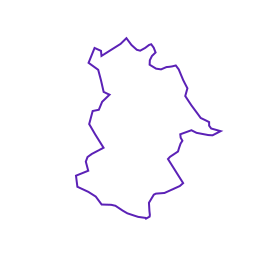 the district of Artik, Shirak, Armenia, rotated 54°
{"feature_id": "60910142B41372146219443", "entity_name": "Artik", "entity_type": "district", "adm_level": 2, "iso_a3": "ARM", "parent_name": "Armenia", "parent_adm1": "Shirak", "projection": "orthographic", "projection_center": [44.01, 40.585], "detail": "fine", "context": "isolated", "style": "outline", "palette": "violet", "viewbox_px": 256, "rotation_deg": 54, "n_neighbors": 0, "source": "geoboundaries", "source_scale": "gbopen_adm2", "svg_char_len": 1195}
<svg xmlns="http://www.w3.org/2000/svg" viewBox="0 0 256 256"><g transform="rotate(54 128 128)"><path d="M54.4,76.5L55.6,84.6L54.1,107.1L49.7,104.5L43.6,108.0L52.1,121.6L63.4,117.9L73.5,121.8L84.5,126.5L90.2,123.4L91.6,133.5L96.1,140.9L93.5,146.6L102.0,157.1L113.8,158.3L129.6,159.4L127.7,172.6L127.7,177.8L130.4,181.9L139.2,185.3L136.0,198.1L145.8,203.5L156.4,197.6L164.5,194.4L174.4,194.3L177.2,190.7L180.2,186.8L183.5,183.9L191.6,180.9L196.6,178.7L202.2,174.7L205.9,172.0L211.1,166.6L211.9,166.7L212.4,162.6L211.8,162.0L211.0,161.3L207.8,159.5L200.8,155.0L197.1,146.3L197.5,144.0L202.0,136.7L205.4,120.2L205.0,115.8L176.6,113.9L176.0,110.9L176.4,101.4L174.0,98.2L171.5,94.6L170.3,91.5L166.8,91.1L163.8,89.4L167.1,78.0L168.5,77.3L172.2,75.4L180.9,67.2L183.6,63.9L185.0,54.9L182.1,57.2L177.3,61.0L173.8,61.0L170.9,58.9L167.4,60.7L162.6,63.3L157.6,63.3L147.1,63.4L142.2,63.2L135.8,62.9L130.8,56.6L125.5,55.8L121.7,55.2L116.2,53.9L110.4,52.5L105.5,52.6L104.1,56.1L102.9,58.4L101.3,61.1L100.0,66.8L96.5,70.4L89.5,73.3L86.0,70.5L83.8,66.3L83.1,61.3L78.1,60.0L73.9,60.0L73.2,62.1L73.3,67.1L72.6,72.7L69.9,74.9L64.8,76.0L62.8,76.4L54.4,76.5Z" fill="none" stroke="#5b21b6" stroke-width="2"/></g></svg>